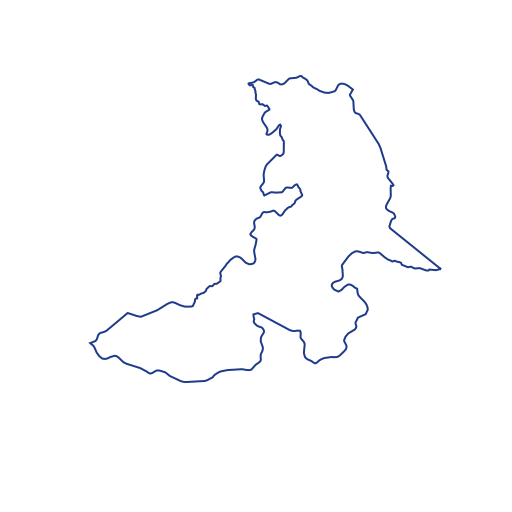 SVG path tracing the border of Brong Ahafo, rotated 138°
{"feature_id": "GHA-2159", "entity_name": "Brong Ahafo", "entity_type": "Region", "adm_level": 1, "iso_a3": "GHA", "parent_name": "Ghana", "parent_adm1": "", "projection": "albers", "projection_center": [-1.701, 7.588], "detail": "fine", "context": "isolated", "style": "outline", "palette": "blue", "viewbox_px": 512, "rotation_deg": 138, "n_neighbors": 0, "source": "natural_earth", "source_scale": "10m", "svg_char_len": 6138}
<svg xmlns="http://www.w3.org/2000/svg" viewBox="0 0 512 512"><g transform="rotate(138 256 256)"><path d="M130.6,192.2L132.1,191.7L137.0,188.8L137.8,187.1L127.8,125.1L127.3,123.3L128.0,123.0L128.3,123.5L129.5,123.8L131.8,125.1L136.2,129.9L136.7,129.7L137.7,129.9L139.2,131.4L142.4,137.4L146.5,140.6L148.0,144.4L150.6,146.0L153.5,151.9L152.8,154.0L153.7,155.8L155.0,157.4L156.2,159.8L158.2,160.5L158.7,161.4L158.9,162.4L160.2,164.8L161.2,168.8L162.1,175.7L163.1,177.2L166.2,179.2L167.8,180.7L170.9,184.6L174.2,186.3L177.0,191.1L178.9,192.9L182.9,193.9L187.7,193.8L198.1,191.7L199.3,190.7L201.1,187.6L202.0,186.7L203.4,184.8L205.2,182.7L207.4,181.6L210.1,181.9L214.5,184.0L216.8,184.5L218.9,184.0L220.0,182.5L220.4,180.5L220.3,178.5L218.5,174.4L215.1,173.6L210.9,173.9L206.7,173.2L205.5,172.2L204.6,170.7L204.0,168.8L203.8,166.7L202.8,164.0L203.4,163.0L204.9,161.1L206.0,158.8L206.3,156.7L206.0,150.0L206.1,147.7L206.6,145.4L207.5,143.2L208.9,141.3L213.4,139.4L221.6,142.0L224.8,140.6L226.2,140.2L227.3,139.1L228.5,136.5L229.8,135.7L231.2,135.3L232.0,135.3L238.5,136.6L239.6,136.7L243.6,136.1L246.6,134.6L247.4,133.9L248.7,129.0L249.7,127.7L251.5,126.6L254.2,126.2L260.1,126.0L262.7,126.4L264.1,127.2L267.9,130.7L273.4,134.4L276.2,135.5L278.5,136.0L282.5,136.1L283.4,136.4L284.0,136.8L284.6,138.5L285.1,140.9L286.8,144.6L287.2,146.4L287.2,148.1L285.6,151.4L285.0,152.2L279.4,157.3L278.7,158.1L278.2,159.2L277.9,160.4L277.8,164.0L277.6,165.3L276.6,166.6L274.7,168.4L274.0,169.3L273.3,170.9L275.0,172.7L278.0,174.7L279.5,176.6L280.6,178.6L292.4,211.4L293.0,212.4L297.0,214.3L298.6,212.2L299.5,210.3L301.5,208.9L301.8,208.3L302.1,207.0L301.9,203.7L301.4,202.2L299.7,199.3L299.5,198.1L299.7,196.1L300.5,194.5L301.4,193.9L305.9,192.6L307.3,191.7L309.6,189.4L311.9,183.8L312.8,182.6L314.7,181.2L318.3,179.7L319.8,178.2L321.9,175.6L322.6,175.2L323.5,174.9L325.5,174.9L329.0,175.4L335.0,174.7L336.3,175.0L337.6,175.9L339.4,177.8L342.1,181.2L353.5,190.3L359.6,193.9L361.6,194.6L366.1,195.3L368.1,195.2L369.2,194.8L375.5,196.4L377.7,197.4L393.0,209.7L394.3,211.3L395.6,213.3L400.3,224.4L401.1,229.6L401.5,230.7L404.4,235.5L406.3,237.3L407.4,237.7L411.9,238.6L413.2,239.4L413.8,240.3L414.2,241.4L414.4,242.8L417.0,250.1L424.3,262.5L425.6,265.7L426.1,272.9L426.8,275.2L427.8,276.4L431.8,278.4L434.8,279.2L436.5,280.1L437.8,281.3L438.9,282.7L439.4,286.0L439.4,287.5L439.0,290.9L437.1,296.7L437.0,298.7L437.5,302.2L432.3,300.3L431.6,300.3L430.8,300.4L429.1,301.1L427.2,302.3L425.6,303.0L424.2,303.1L423.3,303.0L419.6,301.2L417.2,300.5L389.5,299.5L384.5,290.8L382.4,288.1L381.8,287.7L365.7,281.8L354.2,279.8L350.8,278.7L349.2,277.8L348.5,277.0L347.4,275.1L345.4,270.3L342.9,266.2L340.9,264.3L338.3,262.0L337.0,261.3L336.1,261.1L335.2,261.7L332.9,262.5L332.0,263.0L330.4,264.5L328.9,264.5L328.3,263.9L327.8,264.0L326.6,265.8L325.5,266.4L325.1,266.2L324.6,265.4L321.7,264.7L319.6,263.6L316.4,263.6L315.1,264.5L314.6,264.6L310.8,264.7L309.8,264.0L309.0,263.0L308.4,262.8L305.6,263.1L305.1,262.8L304.1,261.8L303.6,261.6L299.5,261.1L298.8,261.4L297.5,263.1L295.3,264.7L294.3,266.8L293.6,267.6L291.6,268.1L285.2,269.1L282.9,269.8L280.7,269.8L278.3,270.2L275.9,270.1L273.4,269.8L271.3,269.2L270.1,268.0L269.5,267.1L268.8,265.5L268.5,264.5L268.1,257.9L266.8,254.8L265.5,253.5L263.9,252.6L263.0,252.2L261.6,252.2L259.5,253.1L258.3,254.3L254.8,260.0L253.4,261.7L248.1,265.1L244.6,267.8L244.3,268.5L244.3,269.0L245.3,271.8L246.0,274.8L245.5,276.1L243.2,276.7L240.7,276.8L239.3,277.1L238.4,277.6L237.2,278.8L235.5,281.6L234.8,282.4L233.3,283.2L231.5,283.4L229.6,283.1L227.9,282.3L227.1,282.2L225.9,282.4L222.9,283.5L221.8,283.6L221.1,283.5L220.5,283.2L219.1,281.6L217.8,280.6L215.4,279.2L212.7,278.1L212.1,277.2L211.9,275.9L211.6,271.1L211.0,269.8L210.1,269.3L208.6,269.2L204.5,270.3L200.4,270.5L198.6,270.1L197.3,269.4L196.7,269.3L195.0,269.5L192.3,269.4L191.5,269.6L189.9,270.6L188.3,270.8L183.1,270.0L181.7,270.0L180.9,270.3L179.6,274.4L178.6,275.7L178.4,276.8L178.4,278.8L177.8,280.4L177.7,281.9L179.0,282.5L180.3,282.7L182.9,282.5L184.1,282.9L187.0,286.1L188.5,286.8L193.2,286.0L194.1,286.0L198.7,289.7L201.6,292.8L202.5,293.5L209.3,295.4L209.2,296.4L208.1,298.4L208.3,300.7L207.4,303.5L206.7,304.3L204.7,304.8L202.4,305.1L200.5,305.7L199.3,306.9L196.7,310.4L195.2,312.0L192.2,314.2L189.2,315.9L187.1,316.7L173.7,317.4L172.6,317.3L172.3,316.8L171.6,314.6L171.1,314.1L170.3,313.8L167.8,313.6L167.1,313.8L165.8,314.7L158.8,322.3L158.4,323.3L158.4,324.6L157.4,327.0L157.3,329.3L156.2,331.1L154.0,333.5L152.8,334.5L150.8,335.6L150.4,336.0L150.1,337.4L150.7,337.7L151.9,337.7L155.9,336.6L161.4,336.7L163.6,337.0L164.8,337.3L165.8,337.9L166.5,338.7L166.7,339.2L166.6,339.7L163.9,341.2L162.7,342.5L162.1,344.1L161.1,351.2L160.1,353.5L159.4,354.3L157.6,355.3L154.1,356.5L153.1,356.7L151.7,356.5L148.1,355.8L147.8,356.1L147.2,359.1L147.2,360.4L147.6,360.8L149.0,361.5L149.6,364.5L151.4,365.8L151.9,366.6L150.8,369.0L151.5,370.5L151.6,371.5L150.9,373.0L147.9,376.1L147.1,377.8L146.1,378.8L145.5,380.5L144.6,381.8L145.0,383.5L144.4,384.3L144.1,385.3L144.8,386.1L145.9,386.5L146.3,386.8L146.5,387.9L146.3,389.0L145.4,389.0L143.0,387.4L141.2,386.5L136.9,386.1L135.8,385.4L130.9,375.0L129.8,374.0L125.8,372.6L124.7,371.7L124.2,370.9L123.7,369.7L123.2,367.5L122.1,366.3L120.7,365.6L118.7,365.3L114.6,365.6L113.1,365.6L111.9,365.3L107.1,361.7L106.1,361.2L103.1,360.4L102.2,359.7L101.8,359.2L101.8,357.5L100.8,354.6L100.4,352.6L100.6,351.3L101.6,348.6L100.8,345.1L100.7,343.2L98.9,338.7L98.3,336.3L95.7,331.5L92.9,328.6L89.5,326.8L87.9,326.1L86.7,325.8L85.5,326.0L80.8,327.9L78.8,327.8L77.4,327.1L75.7,325.4L74.6,323.4L73.8,321.1L72.6,314.9L78.3,313.0L78.8,312.2L79.7,306.7L80.3,305.6L85.4,299.3L86.3,297.1L86.4,295.6L85.2,293.8L84.5,292.3L84.4,291.0L89.9,257.0L91.4,252.6L99.3,235.5L101.3,232.7L101.0,230.7L101.1,230.1L102.1,229.2L104.5,227.8L105.4,226.8L105.7,225.6L106.2,217.3L106.6,216.5L107.2,216.5L108.0,216.9L108.7,217.9L110.5,216.4L115.5,210.6L117.5,209.2L124.1,207.0L126.3,205.9L127.4,204.4L127.5,202.5L126.8,199.9L125.4,196.7L125.1,195.3L125.6,193.5L126.3,192.0L127.0,191.4L128.0,191.4L129.3,192.1L130.6,192.2Z" fill="none" stroke="#1e3a8a" stroke-width="2"/></g></svg>